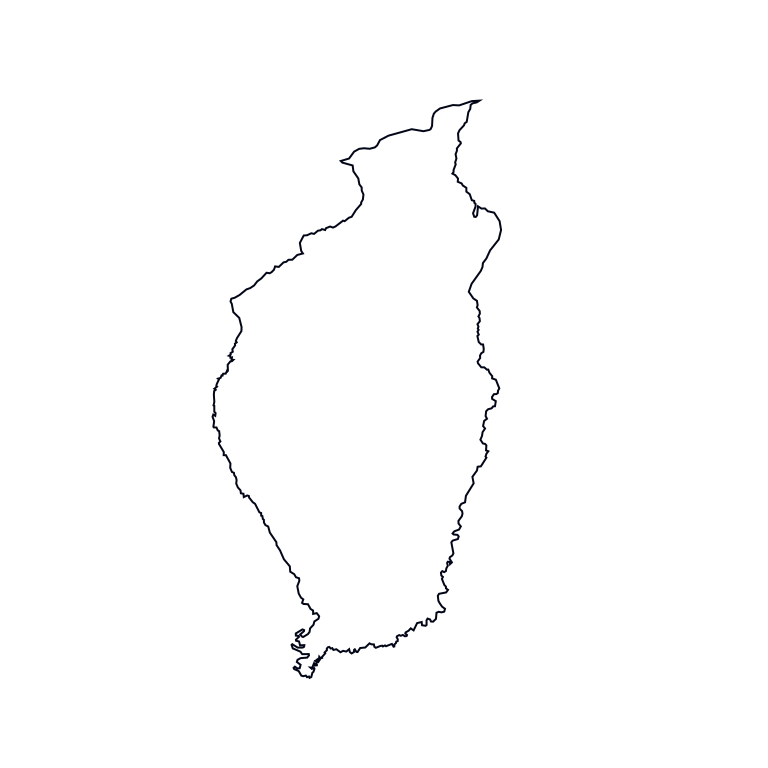 Monterrey, Casanare, Colombia, rotated 33°
{"feature_id": "7082276B81333825674137", "entity_name": "Monterrey", "entity_type": "district", "adm_level": 2, "iso_a3": "COL", "parent_name": "Colombia", "parent_adm1": "Casanare", "projection": "natural_earth1", "projection_center": [-72.845, 4.854], "detail": "fine", "context": "isolated", "style": "outline", "palette": "ink", "viewbox_px": 768, "rotation_deg": 33, "n_neighbors": 0, "source": "geoboundaries", "source_scale": "gbopen_adm2", "svg_char_len": 6162}
<svg xmlns="http://www.w3.org/2000/svg" viewBox="0 0 768 768"><g transform="rotate(33 384 384)"><path d="M226.3,220.5L228.5,221.0L238.7,217.8L242.5,222.3L250.5,225.6L254.6,230.0L258.2,231.3L260.0,233.9L263.6,236.3L265.8,240.8L266.0,244.3L266.8,245.4L265.7,253.5L265.8,261.4L264.0,263.7L262.3,268.9L260.7,269.3L257.5,278.3L256.0,280.6L253.0,281.3L250.5,284.9L250.8,286.9L247.6,287.9L247.0,289.7L245.1,291.4L243.6,296.2L240.9,297.2L238.5,301.1L235.8,303.2L236.6,311.5L242.1,317.5L244.9,318.7L241.0,323.0L239.4,329.7L236.2,331.9L235.5,334.7L233.5,336.7L232.0,343.1L228.6,344.7L229.5,348.0L228.8,351.4L227.9,353.3L224.9,354.7L223.6,362.3L221.8,367.0L221.4,372.1L219.5,376.5L217.1,379.6L214.4,388.0L211.8,393.0L209.5,395.6L210.3,398.3L212.7,399.7L218.5,405.8L226.6,407.4L233.6,413.9L235.6,417.3L235.7,425.6L236.3,428.7L237.8,429.3L237.0,431.4L238.1,432.7L237.9,437.5L239.6,439.3L238.5,441.7L239.4,442.8L238.6,444.7L239.7,444.3L240.9,445.6L242.0,444.5L242.9,446.6L244.5,445.8L244.1,447.6L242.8,448.9L242.4,453.0L245.9,457.9L245.8,458.6L245.1,458.2L245.6,461.5L243.5,463.0L244.0,464.9L243.1,465.2L243.6,467.9L241.9,469.9L243.1,470.1L243.8,475.3L244.5,477.1L245.4,477.2L244.3,480.4L246.0,480.6L245.4,482.4L247.1,485.6L251.5,491.5L252.7,494.8L253.5,494.7L256.8,499.7L258.6,500.1L259.8,502.6L257.5,502.6L258.1,504.9L261.8,507.7L264.2,512.8L264.9,513.1L267.2,511.7L269.9,513.5L271.4,513.3L274.2,516.7L275.3,519.5L278.1,521.3L277.6,523.3L278.3,524.2L286.7,528.3L288.3,531.0L290.2,529.8L298.5,534.3L300.7,538.1L304.4,540.6L306.5,540.2L308.1,542.0L310.5,542.8L312.7,544.8L314.3,548.0L317.7,550.3L321.6,551.4L323.5,553.6L325.9,552.6L328.0,555.2L330.0,552.0L331.6,551.5L332.7,552.7L338.3,554.6L341.1,554.7L349.4,559.5L351.2,559.1L352.7,561.3L353.9,561.0L355.9,563.2L357.2,563.3L358.8,565.6L361.4,566.9L364.5,566.6L369.2,570.8L379.9,575.3L381.7,577.7L387.3,580.1L395.5,585.5L404.3,588.2L407.6,592.5L412.3,592.4L415.4,594.0L418.6,593.2L420.2,595.2L421.4,600.8L426.6,606.2L430.7,608.4L433.6,608.6L434.5,612.2L436.3,612.3L440.2,610.1L445.0,612.7L447.9,612.6L449.8,615.4L452.4,612.8L456.1,614.1L456.9,616.6L454.9,621.1L456.0,624.3L455.1,629.2L456.6,632.5L456.4,635.2L454.0,640.2L452.9,640.5L450.1,639.7L451.5,634.9L451.0,633.9L449.3,634.2L445.9,641.2L447.1,643.0L449.5,641.8L450.4,642.3L449.4,646.4L450.1,647.2L453.0,646.2L455.9,648.9L459.4,646.4L460.1,647.9L459.4,649.3L455.2,652.1L448.8,652.2L448.6,653.2L451.5,655.4L459.7,654.0L462.5,655.1L468.0,651.5L468.9,652.5L468.6,655.3L463.4,659.3L461.7,662.4L462.3,664.6L467.0,664.9L468.1,668.3L466.3,669.7L463.2,669.6L462.8,671.3L463.9,672.0L468.8,671.2L473.5,673.6L475.3,673.1L477.3,671.1L479.1,671.8L480.4,670.2L481.6,671.0L482.6,669.4L481.2,665.2L481.6,663.8L480.8,660.7L480.1,660.3L478.6,662.2L476.7,661.9L478.3,661.0L477.4,656.4L479.1,658.0L480.9,656.5L480.4,655.7L479.1,655.8L479.3,653.9L477.3,653.4L478.4,652.0L479.3,653.1L480.3,653.0L480.3,650.1L478.3,650.7L478.9,649.3L478.3,648.0L480.1,648.6L481.9,646.8L480.6,647.4L481.4,641.9L480.4,641.5L481.1,638.3L480.2,637.2L480.2,635.6L481.3,634.3L483.4,634.9L484.5,633.7L486.4,634.6L488.5,632.4L493.6,632.7L495.0,630.1L498.1,628.9L499.2,625.4L501.3,627.4L503.6,627.6L504.8,625.1L503.7,623.2L504.0,622.4L506.8,623.7L507.8,623.2L507.8,618.4L511.8,615.2L513.1,609.4L515.2,609.2L517.4,607.9L519.0,609.6L520.8,609.7L523.8,605.5L525.2,604.4L526.0,604.7L527.2,602.7L528.5,602.8L532.2,597.7L535.1,599.1L535.6,598.5L534.6,596.7L535.1,594.9L534.6,593.4L535.5,592.2L534.6,590.6L532.5,589.5L532.3,588.4L533.5,586.3L535.2,586.0L536.5,584.2L538.9,584.2L540.2,583.1L540.0,581.9L537.8,581.7L537.4,580.6L539.0,577.5L539.5,574.4L543.0,574.5L542.0,566.5L545.2,563.1L547.3,565.6L550.6,564.1L550.9,562.8L548.4,559.1L548.3,557.0L550.9,556.4L552.8,557.6L554.6,556.6L555.5,552.7L552.6,547.2L554.0,545.2L556.6,544.2L558.5,542.1L557.6,539.3L554.0,539.1L550.3,537.6L547.7,536.2L544.5,532.3L544.4,530.0L549.6,525.0L549.8,521.8L547.2,521.6L546.3,520.2L544.1,519.7L538.7,515.9L538.5,513.7L536.4,513.4L534.5,511.2L534.8,509.2L536.9,509.0L537.8,507.2L536.7,504.7L536.5,501.7L534.4,499.7L534.3,498.3L536.2,497.4L537.5,499.1L538.1,496.6L534.1,494.9L533.6,493.4L534.7,490.6L534.5,488.3L526.7,480.1L526.9,477.9L530.4,473.8L529.7,471.2L527.8,470.5L524.3,472.3L522.9,472.0L523.2,469.3L526.2,465.2L526.0,461.6L522.5,460.4L521.0,458.3L521.3,452.4L520.4,449.9L518.7,448.1L515.3,447.3L514.1,445.6L514.1,442.4L516.4,439.1L513.6,433.1L513.3,418.5L508.7,413.7L509.1,405.9L507.6,402.4L510.1,400.3L510.0,390.0L508.7,389.6L507.9,386.8L508.1,383.6L505.7,384.1L503.3,379.7L501.4,379.2L499.4,380.0L495.2,378.2L494.5,374.2L492.9,370.7L493.0,366.3L490.0,365.3L488.1,360.4L489.3,357.0L486.7,355.6L484.5,351.2L485.1,348.4L487.5,345.8L487.7,343.4L489.2,342.2L487.1,337.5L482.8,337.6L481.7,336.1L481.7,332.7L483.7,331.3L484.4,329.6L483.3,327.6L483.1,324.9L475.5,319.5L471.6,320.4L470.5,318.5L466.3,317.1L463.6,315.1L462.4,315.9L459.0,315.4L456.5,317.0L451.5,315.4L450.3,314.2L450.5,309.8L449.1,308.0L448.8,305.4L449.9,302.9L448.5,300.2L445.6,296.9L444.0,297.9L440.6,297.2L436.2,292.9L436.6,291.0L433.9,289.2L433.9,287.1L432.5,286.5L432.0,284.5L429.8,282.9L430.2,279.1L428.1,276.6L426.4,275.9L426.1,272.8L424.5,270.7L420.2,269.2L419.6,266.9L416.6,263.6L412.4,263.6L404.9,260.5L402.9,252.3L403.6,236.4L402.9,232.3L401.1,228.7L401.5,223.0L400.2,214.1L401.5,200.3L398.3,191.1L392.3,184.5L383.1,180.3L377.0,182.6L373.1,181.8L370.1,183.8L366.1,183.8L370.2,191.8L370.0,193.9L368.6,194.6L365.7,192.3L364.1,185.2L362.6,183.0L361.1,182.8L359.9,181.3L357.5,182.0L352.5,178.1L348.3,177.8L346.2,174.6L341.9,174.6L339.9,173.5L335.7,174.2L334.2,171.4L330.1,170.0L326.8,170.3L326.9,168.3L325.8,166.7L324.5,160.7L323.1,159.6L321.9,155.4L318.9,152.3L318.1,148.6L316.8,146.7L317.4,140.4L316.5,139.4L313.9,139.2L309.6,133.5L309.1,130.0L310.2,123.5L309.7,121.4L310.6,119.1L306.7,110.1L306.5,106.3L304.7,102.8L305.4,100.4L308.4,97.3L309.7,94.4L303.6,98.9L295.3,109.4L289.9,112.5L280.9,122.4L278.9,127.5L278.6,130.2L279.7,134.4L283.8,141.5L284.3,144.7L283.7,146.2L279.4,150.5L268.5,155.2L252.5,173.3L247.8,181.6L248.3,187.6L247.5,190.5L243.9,194.5L238.8,197.2L235.1,200.3L232.4,205.4L231.9,213.9L226.3,220.5Z" fill="none" stroke="#020617" stroke-width="2"/></g></svg>